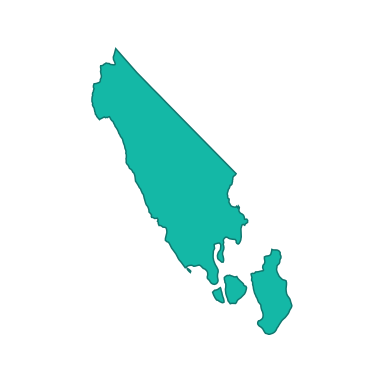 Humberto de Campos, Maranhão, Brazil, rotated 154°
{"feature_id": "56859067B13754575893351", "entity_name": "Humberto de Campos", "entity_type": "district", "adm_level": 2, "iso_a3": "BRA", "parent_name": "Brazil", "parent_adm1": "Maranhão", "projection": "equal_earth", "projection_center": [-43.574, -2.645], "detail": "fine", "context": "isolated", "style": "filled", "palette": "teal", "viewbox_px": 384, "rotation_deg": 154, "n_neighbors": 0, "source": "geoboundaries", "source_scale": "gbopen_adm2", "svg_char_len": 6004}
<svg xmlns="http://www.w3.org/2000/svg" viewBox="0 0 384 384"><g transform="rotate(154 192 192)"><path d="M232.6,332.2L234.2,330.5L234.8,329.0L234.7,327.8L236.0,326.5L236.8,325.3L237.7,324.8L238.6,323.6L238.9,322.4L240.0,321.3L240.9,319.9L242.2,317.3L242.4,315.1L243.3,314.0L243.4,312.3L243.2,310.3L244.1,306.9L244.2,305.6L244.7,304.5L244.4,303.2L244.4,301.3L243.9,299.4L243.4,297.6L242.4,297.9L241.0,297.8L239.4,297.9L237.8,297.8L237.2,296.7L236.1,296.6L235.2,295.9L234.2,296.2L233.2,295.9L233.1,294.7L233.1,293.2L232.8,291.4L232.1,290.0L232.2,287.7L232.1,286.1L232.3,284.6L232.0,283.4L231.8,281.8L231.7,279.9L231.8,278.2L232.0,277.0L231.8,275.0L231.9,273.1L231.6,272.0L231.3,270.0L232.0,266.8L232.2,265.3L232.3,263.4L233.1,260.5L233.2,258.7L233.7,257.0L234.5,255.9L234.7,254.2L235.9,251.8L236.7,250.9L237.2,249.4L238.3,247.2L238.2,245.4L237.7,244.1L237.7,242.1L237.8,240.6L237.1,239.6L236.4,237.7L236.5,236.0L235.9,234.3L236.2,231.8L236.7,230.2L238.0,226.5L237.7,224.2L237.4,220.9L237.4,219.1L236.9,217.4L237.1,215.5L237.1,214.1L237.2,212.5L236.8,211.2L237.3,208.8L237.6,207.7L238.0,205.4L238.5,202.6L238.7,200.6L238.3,198.9L238.2,197.1L238.6,194.8L239.4,192.8L238.8,191.2L238.4,189.1L239.2,188.2L239.4,186.9L238.0,186.0L237.4,184.7L236.0,184.1L234.7,183.7L234.6,181.7L235.9,180.9L235.6,179.4L236.2,178.3L236.3,176.3L235.3,175.9L234.3,174.9L233.6,173.2L231.7,172.1L231.0,170.8L231.4,169.0L231.9,167.6L232.5,166.4L236.2,162.0L237.1,160.3L236.4,158.5L235.2,157.1L234.9,155.3L234.9,153.2L234.9,150.6L234.3,147.4L233.6,143.4L233.5,139.7L233.5,138.2L233.2,136.0L232.8,134.9L232.3,132.6L231.3,126.9L229.9,127.2L228.8,127.4L227.3,127.3L225.9,126.9L224.7,126.5L223.8,125.7L223.0,124.5L221.7,124.0L219.4,123.6L217.6,123.2L216.7,122.2L216.0,120.2L215.4,118.4L214.2,117.1L213.3,114.8L213.2,113.2L213.7,111.7L214.3,110.4L215.4,109.2L216.0,107.9L215.7,106.4L215.1,104.9L215.0,103.3L214.6,101.5L213.5,100.0L212.2,99.1L210.7,98.9L209.0,99.4L207.9,100.3L207.2,101.4L206.8,102.9L206.3,104.6L205.6,106.0L204.8,107.3L203.9,108.2L203.2,109.3L202.7,110.7L202.7,114.1L202.9,115.8L202.9,117.4L202.6,120.8L201.7,124.0L200.3,126.7L199.5,128.0L198.9,129.2L198.1,130.1L196.4,131.4L195.8,133.4L195.1,135.1L193.6,135.1L191.3,134.7L189.9,134.2L189.4,133.2L189.4,131.6L191.1,128.7L192.0,127.6L194.7,126.2L195.9,125.0L196.9,123.9L197.5,122.6L198.0,121.0L197.8,119.7L197.1,118.6L196.7,117.5L196.1,116.0L194.8,115.3L193.7,116.4L192.9,118.0L192.2,120.7L192.1,121.9L191.7,123.0L190.8,124.5L188.5,126.7L187.6,128.2L187.1,129.9L186.9,131.4L185.7,132.5L185.0,134.9L184.3,135.7L183.4,136.1L182.2,136.5L181.2,136.6L180.1,135.7L179.2,134.2L178.5,133.4L176.3,131.8L174.0,130.4L173.6,128.8L174.3,127.6L174.2,126.2L173.4,125.0L172.1,125.2L170.5,126.3L169.3,127.4L168.4,128.7L167.4,130.1L164.1,137.6L163.1,138.7L162.2,139.8L161.3,140.5L160.2,140.5L159.2,139.0L158.1,139.9L155.4,140.3L154.4,142.1L154.7,143.6L156.7,144.5L156.0,146.6L155.9,148.6L156.6,150.2L157.8,151.8L158.2,153.8L157.8,155.2L156.2,157.4L156.5,159.2L157.8,157.9L158.2,159.7L159.3,159.2L160.3,159.7L162.0,161.0L163.1,162.6L163.3,166.7L162.5,167.9L161.7,169.4L162.4,170.5L162.1,172.0L161.5,173.1L161.3,174.4L160.7,175.5L159.3,177.0L158.3,178.3L157.1,178.9L155.8,180.1L154.7,181.3L153.6,181.1L152.6,181.6L151.8,182.8L151.1,183.5L150.6,184.6L149.8,185.5L149.1,186.9L148.0,187.8L145.4,188.4L144.3,189.1L176.4,284.9L178.7,292.1L182.5,303.1L184.5,309.3L189.2,323.4L197.7,354.3L201.8,349.5L203.6,347.8L204.5,345.4L204.5,342.8L204.7,341.2L205.3,340.3L206.5,340.5L208.1,341.6L209.4,342.4L210.0,343.7L211.7,344.7L212.7,345.6L213.6,345.4L215.0,345.4L216.2,345.0L217.4,345.0L218.7,345.5L219.4,344.5L219.9,342.9L220.4,341.6L221.3,340.6L221.8,339.0L222.1,337.9L222.5,336.1L223.5,334.5L225.0,333.4L225.8,331.9L227.0,331.1L230.6,331.5L232.6,332.2ZM145.4,105.4L146.3,104.0L148.4,101.6L149.4,101.1L150.5,101.0L151.8,101.3L153.5,101.9L155.4,101.9L156.2,100.3L156.5,99.1L157.1,97.3L158.4,95.8L160.3,95.0L161.5,93.4L161.8,92.1L161.9,90.5L162.8,90.1L163.9,90.5L166.0,91.0L167.5,91.3L170.0,92.3L171.2,91.6L172.3,91.8L173.5,92.5L174.9,92.4L175.3,90.7L175.6,88.9L176.3,88.0L177.2,86.5L177.0,84.7L177.5,83.3L178.1,82.2L178.3,80.8L178.6,79.7L179.2,78.0L180.1,73.6L180.1,71.4L180.3,69.7L180.1,68.4L180.5,63.9L180.0,62.0L179.7,60.2L180.4,58.5L180.8,56.9L181.1,55.2L181.1,53.7L181.4,52.1L181.8,50.7L182.4,49.5L183.2,48.3L184.3,47.4L185.6,47.0L187.4,46.7L188.7,47.0L189.8,46.3L190.5,45.3L190.8,44.1L190.4,42.3L189.0,39.9L188.4,38.1L188.2,34.6L187.9,32.8L186.6,31.7L185.6,30.6L184.6,30.1L181.6,29.7L180.6,29.7L179.0,30.0L177.1,30.9L175.3,32.4L173.3,33.5L172.2,34.3L170.4,35.4L167.5,37.1L165.0,37.9L163.7,38.2L162.5,38.7L159.4,40.2L158.0,41.1L156.9,42.1L155.5,43.3L154.1,44.1L152.7,45.2L152.0,46.3L151.5,49.9L151.1,51.7L151.0,53.3L151.6,56.9L151.6,58.9L150.7,61.9L149.9,63.8L147.7,67.3L146.8,69.1L146.4,71.0L147.4,72.2L148.5,73.0L149.4,74.3L150.6,77.9L150.6,79.4L150.6,81.2L150.6,82.5L150.3,84.3L149.8,85.7L148.9,86.8L148.0,88.3L147.1,88.8L145.0,89.5L143.9,90.5L142.9,92.2L142.0,93.1L141.0,93.7L140.2,95.3L140.1,97.4L139.3,98.9L139.5,100.5L140.4,102.0L141.2,102.7L144.3,104.3L145.4,105.4ZM199.1,101.4L200.5,100.9L201.3,99.1L201.5,97.6L202.0,96.5L201.9,94.8L202.3,93.7L203.4,91.6L204.6,90.0L205.3,88.2L206.2,85.6L206.7,82.4L206.7,81.1L207.3,78.3L206.9,76.6L206.6,74.8L205.0,74.5L201.7,72.7L200.4,73.3L199.6,74.1L198.2,74.9L197.3,75.1L194.4,75.6L189.4,77.4L187.6,78.8L186.7,79.8L185.5,81.2L184.9,82.2L184.9,83.6L186.0,84.7L186.3,85.9L186.1,87.0L186.5,88.2L187.7,91.2L188.7,94.1L188.8,96.4L190.3,96.7L191.4,97.3L192.5,98.6L193.8,99.8L194.5,100.7L195.7,100.9L197.0,101.6L199.1,101.4ZM217.4,92.9L217.7,90.2L217.7,88.2L217.6,86.3L217.2,84.1L215.9,83.0L215.5,81.9L214.4,80.5L213.7,79.6L212.9,79.0L211.6,78.9L211.0,79.9L210.4,82.2L210.2,84.4L209.8,86.5L209.2,88.8L209.0,90.7L208.5,92.2L208.4,93.6L209.8,93.5L210.9,93.2L212.5,93.2L213.6,93.4L214.8,93.8L217.4,92.9ZM230.1,124.3L229.4,121.8L228.8,120.4L227.8,121.4L228.3,123.0L228.9,124.2L229.8,125.6L230.1,124.3Z" fill="#14b8a6" stroke="#0f766e" stroke-width="1.5"/></g></svg>